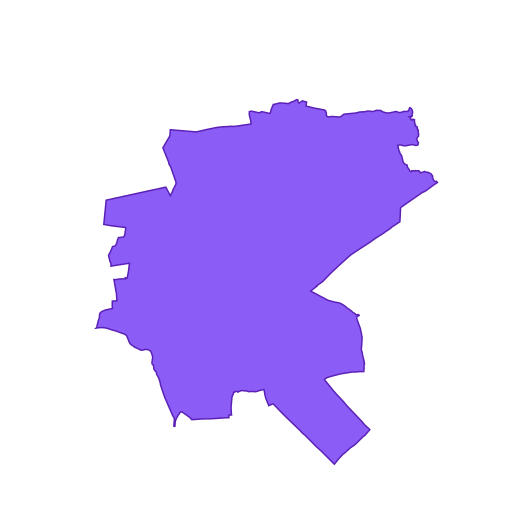 Dragomiresti, Neamt, Romania (Albers equal-area conic projection), rotated 107°
{"feature_id": "2599482B54225851874210", "entity_name": "Dragomiresti", "entity_type": "district", "adm_level": 2, "iso_a3": "ROU", "parent_name": "Romania", "parent_adm1": "Neamt", "projection": "albers", "projection_center": [26.579, 47.028], "detail": "fine", "context": "isolated", "style": "filled", "palette": "violet", "viewbox_px": 512, "rotation_deg": 107, "n_neighbors": 0, "source": "geoboundaries", "source_scale": "gbopen_adm2", "svg_char_len": 6005}
<svg xmlns="http://www.w3.org/2000/svg" viewBox="0 0 512 512"><g transform="rotate(107 256 256)"><path d="M423.5,136.5L432.2,120.2L425.5,117.5L420.4,115.0L418.3,113.5L411.7,109.6L408.7,107.1L406.8,105.8L397.3,100.7L395.7,99.4L388.8,96.4L388.5,96.7L385.7,102.8L385.3,103.3L384.3,104.9L383.5,105.9L382.1,108.5L372.7,125.2L369.7,129.8L364.4,139.0L361.8,143.2L354.2,154.4L353.6,154.3L353.0,153.9L351.0,151.8L347.0,145.6L343.9,140.5L338.8,130.0L337.6,126.3L335.8,122.0L335.7,120.8L334.9,119.1L334.4,119.4L331.5,119.8L329.5,120.7L327.5,120.6L327.2,121.2L325.8,121.4L324.9,121.9L319.8,125.0L316.9,126.4L315.7,127.4L314.4,128.0L308.5,129.3L302.6,130.8L301.7,131.4L299.1,132.6L296.8,134.0L296.1,134.3L295.0,134.9L286.1,141.6L285.1,141.7L284.0,141.4L282.9,140.0L282.7,139.9L282.1,140.8L282.1,141.0L282.9,143.1L282.9,143.7L282.2,144.3L281.7,146.6L280.5,149.2L279.8,151.1L279.4,152.8L277.8,156.5L276.8,160.1L276.5,162.6L277.0,166.9L277.3,172.7L277.4,173.0L276.9,176.5L276.3,179.2L275.6,183.1L274.5,188.5L273.8,192.6L273.6,193.5L266.8,188.8L266.6,189.1L260.7,184.6L260.4,184.5L255.2,181.8L251.9,180.2L241.3,174.2L227.6,166.0L219.5,159.4L209.9,151.3L206.2,148.5L202.1,145.2L196.9,140.7L194.2,138.7L191.5,136.4L190.9,136.0L189.4,134.9L189.0,134.9L188.6,134.6L181.2,128.4L172.0,130.7L167.4,131.9L146.2,115.2L145.9,114.5L143.8,112.5L136.6,107.2L132.7,104.0L131.8,105.2L132.0,105.5L132.3,106.0L132.3,106.9L132.0,107.7L130.7,109.1L129.7,109.7L129.1,110.3L128.8,110.5L128.1,110.3L127.9,110.4L127.4,111.2L126.4,112.3L126.2,113.1L125.6,116.1L126.1,117.1L126.1,118.3L125.8,119.4L126.9,120.8L128.3,123.0L127.8,123.5L127.6,124.5L127.3,124.7L126.9,125.0L127.0,125.5L127.0,126.0L127.7,127.6L127.7,128.4L128.0,128.4L128.2,128.6L128.4,130.4L128.8,131.0L129.3,131.4L128.9,131.8L129.7,132.4L130.1,132.9L129.9,133.5L128.6,134.8L126.5,137.4L125.4,137.8L124.8,138.2L124.8,139.5L124.5,140.1L124.6,140.6L124.1,141.3L124.0,141.9L123.6,142.4L123.4,142.4L122.7,143.1L121.6,143.6L119.2,145.1L118.2,145.6L117.2,146.3L116.3,147.6L115.2,148.8L114.6,148.9L114.6,149.1L114.1,149.6L112.6,150.5L111.7,151.2L110.5,151.6L110.6,151.8L108.7,152.9L108.1,151.8L107.5,150.1L107.5,148.8L107.5,147.5L106.9,145.2L106.2,143.8L106.0,143.5L105.0,141.7L104.5,140.4L103.8,139.5L103.6,135.6L103.1,134.4L102.3,133.6L101.3,133.6L100.3,133.8L99.9,134.0L99.6,134.7L99.1,134.9L97.4,136.5L97.0,136.6L96.1,136.3L94.9,136.2L93.6,135.6L92.8,136.0L92.1,136.0L90.7,136.8L89.6,137.1L89.0,137.6L88.7,137.8L88.2,137.6L87.6,138.2L86.9,139.3L86.4,139.4L85.8,139.4L85.1,140.1L85.3,140.7L85.3,141.6L83.9,141.8L83.5,142.1L82.6,143.4L81.7,143.3L81.5,143.5L80.3,144.0L80.1,144.3L79.4,144.3L79.3,145.1L79.3,145.9L79.6,146.4L79.9,146.1L80.2,146.2L80.5,146.6L80.5,147.0L80.1,147.6L80.0,148.2L79.8,148.4L79.2,148.5L78.4,149.0L78.3,149.6L78.1,150.1L77.7,149.4L77.4,148.0L76.4,147.6L76.1,147.6L76.2,148.1L75.2,148.2L73.2,148.1L72.3,148.4L70.6,149.4L69.8,150.4L69.2,151.7L69.2,152.4L72.9,152.7L74.1,155.2L74.2,156.3L76.5,159.8L77.0,161.3L77.0,162.4L76.7,163.8L77.3,165.2L77.7,166.0L78.3,166.7L78.7,167.7L80.1,170.0L80.8,172.3L81.0,173.4L81.1,176.3L81.0,177.8L80.3,179.1L80.4,179.5L81.0,181.5L81.3,183.0L81.8,183.9L83.4,185.9L83.8,187.1L84.2,189.5L84.9,192.0L86.2,194.1L88.0,199.0L90.0,202.2L94.6,213.2L94.8,213.5L98.5,216.1L100.2,223.5L100.3,224.0L101.1,225.9L101.9,227.5L101.8,228.4L101.0,229.8L98.7,230.5L96.8,231.9L96.4,232.7L96.4,233.7L97.5,243.6L98.0,252.1L94.0,252.6L94.1,257.1L96.4,258.9L97.2,259.4L96.2,261.0L94.7,261.4L94.4,262.1L94.7,263.0L97.2,265.3L98.3,267.1L101.0,269.8L101.0,270.9L102.6,277.9L105.3,282.3L106.0,283.8L111.5,284.3L115.4,284.1L115.8,286.0L116.0,290.0L116.3,292.3L116.4,293.0L116.7,293.4L118.1,294.4L118.8,302.8L119.9,304.6L122.1,304.0L123.5,303.4L127.9,300.8L131.2,299.3L138.4,314.5L139.4,318.3L140.7,321.3L140.8,321.9L142.6,326.7L144.4,330.8L149.2,339.7L154.8,349.4L160.3,374.9L165.3,373.7L166.8,373.6L179.7,376.7L192.5,366.4L193.3,366.3L195.8,363.6L208.6,354.2L210.5,353.6L211.8,353.8L216.7,354.7L219.2,354.8L223.3,355.6L216.5,362.4L246.4,415.6L270.3,410.8L269.3,402.6L266.9,389.2L268.2,388.5L271.1,388.2L273.2,387.8L275.7,387.8L276.7,388.5L278.6,392.9L281.2,393.2L282.7,393.0L286.3,393.2L287.7,393.8L288.9,395.9L295.2,396.5L296.3,396.9L298.6,397.2L304.2,393.9L305.0,392.9L306.2,392.3L308.1,391.8L299.9,374.9L309.1,373.3L315.0,372.8L315.0,374.7L316.1,374.4L317.6,379.2L319.8,383.8L320.0,385.0L330.5,379.7L332.2,378.7L339.5,375.9L341.1,380.2L344.5,379.3L348.2,378.0L351.7,384.3L353.9,386.9L355.1,387.9L356.5,388.6L357.7,388.5L361.2,387.7L363.8,387.9L368.2,387.7L371.0,387.4L371.7,387.8L370.7,385.7L369.6,382.8L368.8,379.2L368.7,376.5L368.8,371.6L368.7,368.2L369.2,358.6L369.8,356.7L370.2,356.3L373.8,353.3L375.3,352.2L376.2,351.3L377.1,350.0L377.5,349.1L378.0,347.1L378.7,345.3L378.5,345.2L378.9,343.7L379.0,342.6L379.7,339.0L379.6,338.3L379.4,337.5L379.1,336.8L377.9,334.9L377.2,332.6L377.2,331.9L377.5,329.6L378.4,328.5L378.7,328.0L381.8,325.9L382.8,325.3L383.6,325.1L388.7,324.3L389.6,323.7L390.4,322.6L391.6,321.4L393.9,320.7L395.6,318.6L395.8,317.8L396.8,317.0L397.5,316.9L399.4,315.2L399.6,314.8L402.4,312.4L405.7,310.3L406.4,310.1L406.6,309.9L408.5,308.7L414.8,304.2L417.9,301.9L433.0,289.0L434.2,287.6L435.1,286.7L436.1,286.3L442.6,284.9L442.8,284.6L442.7,284.0L442.2,283.7L440.8,284.2L437.9,284.8L434.2,284.7L433.0,284.2L431.2,284.0L430.0,283.4L428.5,283.2L427.6,282.6L426.6,281.5L428.5,275.7L429.8,272.1L430.0,271.4L430.6,271.0L431.3,269.5L427.9,260.7L426.5,256.6L425.8,254.3L424.1,249.5L424.0,249.2L419.6,237.8L418.5,234.6L416.1,235.5L415.2,232.9L413.5,233.6L408.4,235.5L400.0,237.3L397.9,237.7L394.4,237.4L392.9,237.5L393.0,237.2L391.7,236.0L391.0,234.9L391.0,234.5L391.5,233.8L391.5,233.6L389.5,231.4L388.9,230.5L388.4,228.3L388.4,227.6L387.7,225.4L387.9,224.2L387.8,223.1L386.7,220.1L385.9,216.6L382.5,211.6L381.5,209.2L386.5,206.7L389.4,204.9L395.4,200.0L392.4,196.6L392.4,196.3L398.9,184.6L403.0,176.7L409.9,163.0L411.5,160.4L412.6,158.1L412.8,157.2L416.0,151.2L420.5,143.0L423.5,136.5Z" fill="#8b5cf6" stroke="#5b21b6" stroke-width="1.5"/></g></svg>